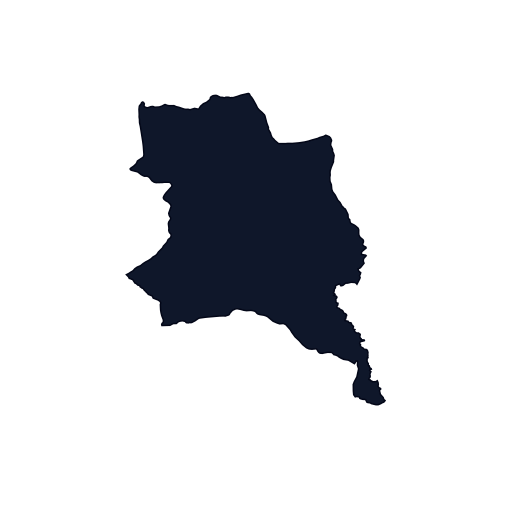 Yakoma, Équateur, Democratic Republic of the Congo, rotated 61°
{"feature_id": "63176286B72804638257173", "entity_name": "Yakoma", "entity_type": "district", "adm_level": 2, "iso_a3": "COD", "parent_name": "Democratic Republic of the Congo", "parent_adm1": "Équateur", "projection": "robinson", "projection_center": [22.422, 3.592], "detail": "fine", "context": "isolated", "style": "filled", "palette": "ink", "viewbox_px": 512, "rotation_deg": 61, "n_neighbors": 0, "source": "geoboundaries", "source_scale": "gbopen_adm2", "svg_char_len": 6119}
<svg xmlns="http://www.w3.org/2000/svg" viewBox="0 0 512 512"><g transform="rotate(61 256 256)"><path d="M397.9,222.1L396.9,220.1L396.3,219.4L397.3,218.2L398.2,218.6L400.6,220.2L404.4,220.9L410.7,226.4L413.6,230.9L415.5,233.2L421.3,236.3L424.7,237.8L427.3,237.5L427.7,236.0L429.2,234.2L429.9,234.0L430.8,234.2L431.7,233.6L433.3,231.9L434.1,230.4L435.1,229.7L437.5,229.9L438.3,229.3L439.8,227.3L441.1,226.6L444.2,223.2L445.3,221.2L445.6,218.5L445.5,217.1L445.7,215.5L445.6,214.4L445.0,213.2L443.5,213.8L441.4,213.4L437.3,214.3L433.7,213.3L433.2,212.8L432.8,211.4L432.2,211.3L430.8,212.3L429.1,212.5L427.8,211.4L425.9,210.6L423.9,210.4L424.0,212.1L422.4,215.2L421.5,215.3L420.8,216.1L419.7,216.2L419.2,216.9L418.5,217.2L417.8,216.4L417.4,215.2L416.5,214.4L414.4,213.6L412.9,211.6L411.0,212.1L410.5,211.4L410.9,210.0L410.3,209.9L408.8,210.7L407.0,210.2L406.5,210.8L405.4,210.5L404.4,209.9L403.2,210.1L401.7,209.8L399.4,208.4L399.2,207.9L399.3,207.4L398.8,207.1L398.3,207.3L397.4,206.4L396.0,205.8L394.6,204.8L392.7,204.4L391.5,204.6L389.8,206.8L388.3,207.0L386.6,208.2L385.0,208.3L384.4,207.6L383.0,207.8L382.6,207.7L381.7,206.7L381.6,206.2L382.6,202.4L382.4,202.1L381.9,202.1L380.3,204.5L379.3,204.1L378.4,204.6L376.6,204.2L375.4,203.0L374.6,202.9L373.8,203.5L373.1,203.6L372.3,205.1L371.7,205.6L369.7,206.4L368.7,205.9L368.3,205.2L367.3,206.2L366.6,206.5L365.1,205.0L363.7,205.1L362.3,205.7L361.1,205.2L360.4,205.4L358.9,207.3L357.7,207.1L355.7,209.5L355.2,209.5L354.7,209.1L354.5,208.1L354.0,207.9L353.7,207.2L352.6,207.0L352.3,205.9L351.7,205.4L351.0,205.4L350.7,205.8L350.1,205.6L348.3,206.9L346.3,206.7L344.9,207.2L343.2,208.6L342.4,208.4L340.4,210.2L339.4,209.9L338.5,208.2L337.1,207.2L336.2,208.1L335.3,208.2L334.9,208.5L333.4,207.5L332.6,207.4L331.6,205.4L330.8,205.1L329.8,205.4L328.3,207.0L327.8,205.4L325.8,206.2L325.2,205.2L322.8,203.3L322.6,202.5L322.0,201.7L320.8,201.1L320.5,200.5L320.8,196.9L321.2,196.3L323.1,196.3L323.5,195.6L323.8,194.2L323.2,190.9L324.2,188.8L325.1,185.5L327.1,182.4L328.4,181.6L329.6,181.4L326.5,176.7L325.4,175.4L323.5,175.1L322.4,173.5L321.3,172.5L319.4,173.4L316.8,173.2L316.9,170.4L314.7,165.0L312.5,164.7L310.5,163.2L309.2,159.5L308.4,159.7L305.8,163.0L304.4,162.2L303.5,161.5L302.4,155.8L301.4,155.6L300.0,156.6L298.2,157.4L296.9,156.6L296.0,155.4L295.0,154.7L293.7,154.5L290.1,155.9L287.7,155.9L285.8,155.1L283.0,153.5L281.2,153.2L277.9,154.4L276.5,155.1L273.3,157.3L271.4,157.1L269.6,156.4L268.3,156.9L267.2,156.8L264.2,155.4L258.3,155.1L256.4,156.1L255.4,156.1L254.6,156.6L249.9,156.6L246.8,157.4L241.1,157.2L236.9,157.8L234.4,157.4L230.1,155.5L226.6,155.1L223.1,153.4L221.2,151.9L218.9,150.8L217.4,149.8L214.9,147.2L211.2,142.6L209.9,141.9L205.9,138.9L204.1,138.5L201.6,138.3L199.9,137.4L195.2,137.0L193.1,135.5L191.9,134.1L191.2,133.8L188.9,133.6L187.1,134.1L184.2,136.4L184.2,138.8L183.2,143.0L183.1,144.9L181.6,151.1L181.0,154.2L179.9,158.1L177.9,163.5L175.1,169.8L172.9,173.7L172.0,175.8L168.6,181.8L164.1,183.5L162.0,183.9L160.4,184.5L157.9,184.3L155.3,183.7L152.0,183.7L151.2,183.8L149.6,182.8L144.8,182.1L137.9,180.3L136.7,180.2L133.7,181.0L129.7,182.4L127.2,182.9L123.6,182.7L118.0,182.7L115.2,182.9L113.0,183.4L111.1,183.2L110.1,183.9L108.0,191.2L107.4,194.8L106.3,199.7L105.8,200.1L105.2,201.7L104.0,202.8L102.7,205.0L102.4,205.9L102.4,207.0L101.2,208.1L99.8,210.3L96.9,212.3L96.1,213.1L95.2,215.1L94.9,216.4L95.0,218.0L95.2,218.9L96.2,219.7L96.9,220.8L97.6,224.8L97.3,228.2L98.1,231.9L99.8,235.0L97.1,238.2L96.1,242.8L94.7,244.3L93.7,246.3L92.5,247.8L88.5,251.4L86.8,253.3L84.7,254.9L82.4,259.2L81.1,260.7L79.5,262.0L79.3,262.6L79.3,265.4L78.8,268.3L76.7,272.6L75.8,273.1L75.0,274.1L74.4,275.6L73.9,278.4L73.5,279.5L71.7,281.0L71.0,281.2L70.4,281.1L69.2,280.3L68.8,279.9L67.1,279.9L66.3,280.6L66.4,281.7L67.6,283.4L67.7,284.0L68.0,284.9L68.5,285.5L70.9,287.2L75.7,289.6L77.7,290.8L80.0,291.7L83.1,293.3L86.6,294.3L101.4,299.7L105.3,301.3L112.9,304.8L114.5,306.1L114.9,307.1L115.3,312.5L115.5,313.8L116.5,314.9L117.3,316.3L118.1,319.5L118.4,322.7L118.7,323.8L119.4,324.0L120.2,323.7L121.0,323.0L125.1,318.7L129.3,316.9L131.3,315.6L132.1,314.9L133.3,312.7L134.2,311.9L135.5,311.2L139.8,310.5L142.1,309.3L143.4,307.8L146.3,302.3L147.1,300.3L149.2,296.6L150.0,295.6L151.0,295.3L152.0,295.2L153.8,295.3L154.5,296.3L157.1,303.9L158.2,306.3L159.2,307.9L160.2,308.9L161.6,309.0L162.8,308.6L164.0,308.1L166.1,306.7L168.5,306.0L170.1,305.8L171.5,306.2L176.3,311.6L178.2,312.2L179.6,312.3L181.1,312.1L182.1,312.6L182.7,313.4L184.0,315.9L185.3,317.0L189.5,318.7L191.1,319.8L192.8,320.3L194.2,320.2L195.7,319.8L196.9,320.2L198.5,321.7L199.0,324.8L200.9,327.4L202.5,332.3L203.6,333.8L205.2,339.4L206.4,341.7L206.9,343.6L206.9,346.5L207.6,349.2L207.8,352.4L207.7,355.3L207.9,358.3L208.5,361.6L208.1,365.3L208.4,368.1L209.3,370.6L209.4,372.0L209.4,373.7L209.6,375.3L209.5,378.4L212.4,377.6L214.2,377.7L215.0,376.7L215.7,376.4L216.7,375.3L221.0,375.0L222.1,374.1L224.1,373.5L225.4,372.1L227.0,372.2L227.4,371.8L228.6,371.4L229.8,370.4L232.1,370.2L233.3,369.6L234.5,369.5L236.0,368.9L237.3,368.8L240.7,366.1L243.0,366.3L247.1,362.9L249.2,361.9L250.9,362.0L252.1,363.2L257.0,365.6L259.5,366.5L262.4,367.3L267.1,368.0L269.1,369.3L269.4,370.8L270.2,371.7L271.2,372.0L274.9,364.8L274.9,361.3L276.4,358.4L275.8,355.8L276.1,354.1L277.0,351.7L278.9,349.6L280.2,349.4L280.7,349.1L281.8,347.4L282.0,346.2L282.6,345.5L283.0,344.5L283.1,340.6L282.7,337.1L282.8,335.7L285.2,329.5L290.7,317.2L292.7,313.3L293.6,312.0L294.3,308.4L294.0,307.5L293.4,306.7L292.1,303.0L292.3,299.9L292.9,298.1L295.4,295.1L297.5,293.0L299.2,290.8L301.1,286.8L302.4,285.1L303.7,283.8L304.7,283.3L306.4,283.0L307.7,282.4L309.1,281.0L311.6,277.8L313.1,276.4L314.6,275.3L321.3,272.7L324.6,270.2L326.8,268.2L328.3,264.8L330.4,263.2L337.2,261.7L339.9,261.7L345.7,261.0L351.1,259.2L356.0,258.2L360.8,256.3L363.0,254.6L364.6,252.3L366.3,248.4L367.1,248.0L369.4,248.0L370.9,247.7L372.0,247.1L373.3,245.2L373.9,243.1L374.9,240.2L376.6,237.2L377.4,236.3L380.2,235.6L380.7,234.8L382.9,233.0L384.7,232.3L387.0,230.9L388.0,230.0L388.6,229.8L391.9,225.6L397.9,222.1Z" fill="#0f172a" stroke="#020617" stroke-width="1.5"/></g></svg>